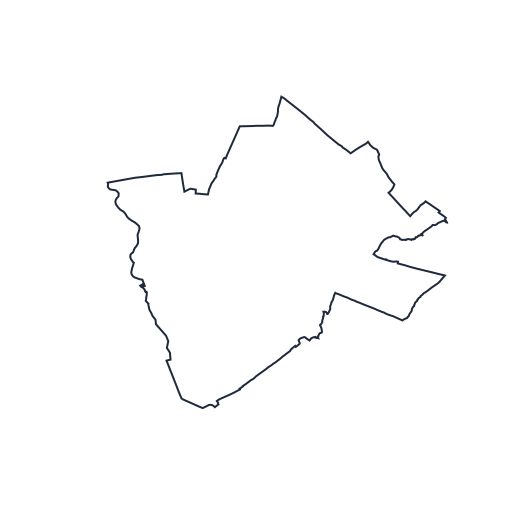 the district of Buhusi, Neamt, Romania, rotated 37°
{"feature_id": "2599482B92541433330507", "entity_name": "Buhusi", "entity_type": "district", "adm_level": 2, "iso_a3": "ROU", "parent_name": "Romania", "parent_adm1": "Neamt", "projection": "natural_earth1", "projection_center": [26.718, 46.731], "detail": "fine", "context": "isolated", "style": "outline", "palette": "slate", "viewbox_px": 512, "rotation_deg": 37, "n_neighbors": 0, "source": "geoboundaries", "source_scale": "gbopen_adm2", "svg_char_len": 6137}
<svg xmlns="http://www.w3.org/2000/svg" viewBox="0 0 512 512"><g transform="rotate(37 256 256)"><path d="M314.1,401.5L315.3,397.1L314.4,396.7L313.7,395.9L312.0,395.4L312.5,393.5L314.0,390.6L319.0,381.6L321.0,377.6L323.5,372.2L322.7,371.8L323.1,371.0L324.0,368.1L323.7,367.9L324.9,364.5L326.6,358.4L327.0,357.3L327.5,356.7L328.2,354.0L328.4,352.2L330.4,345.6L332.1,340.2L332.7,337.7L334.2,333.4L334.7,331.3L335.3,330.1L336.8,324.7L337.4,322.3L337.8,320.2L338.0,319.5L338.8,316.9L339.0,316.0L340.4,311.4L340.2,310.1L340.3,308.7L341.4,304.2L342.5,304.6L343.7,300.0L343.6,299.6L343.3,299.2L342.0,298.4L341.3,298.1L340.9,297.9L340.7,297.3L340.7,296.4L340.9,295.5L341.3,294.7L342.1,293.4L343.3,291.7L343.9,291.5L344.6,291.3L345.2,291.5L349.6,291.3L349.6,290.0L349.7,289.5L349.6,288.8L349.9,287.9L350.9,286.2L351.6,285.7L351.7,285.3L351.8,285.2L352.0,285.4L352.4,285.0L353.0,284.8L353.1,285.2L353.5,285.1L354.2,284.4L355.1,284.1L354.0,283.4L353.8,283.0L354.0,282.3L353.7,281.9L353.4,280.1L353.4,279.4L353.6,278.9L354.5,277.9L354.6,277.4L354.2,276.7L351.7,274.3L350.6,273.6L349.8,273.3L349.4,273.0L348.8,272.8L348.6,272.4L349.0,271.4L349.0,270.5L348.7,269.6L348.7,268.9L348.4,268.4L348.1,268.2L347.7,267.6L347.3,266.2L346.6,264.6L346.1,264.3L346.1,263.7L346.2,263.2L344.3,260.5L343.4,259.9L344.4,259.1L345.4,258.7L346.0,258.6L346.6,258.8L347.6,259.4L348.1,259.2L348.0,256.9L347.6,255.6L347.3,253.9L346.9,253.2L345.8,252.1L345.5,251.3L344.7,248.8L344.2,247.9L343.8,244.7L343.1,242.8L342.1,240.6L341.7,239.0L341.5,237.7L342.0,237.7L342.6,237.6L344.8,236.8L350.2,235.5L354.2,234.2L357.9,233.5L362.3,232.2L364.2,231.9L366.5,231.1L370.6,230.1L376.9,228.3L383.1,226.6L385.2,226.2L387.6,225.5L390.2,224.9L392.0,224.2L393.7,224.0L396.8,223.3L398.3,222.7L400.0,222.3L400.8,221.8L411.8,219.3L412.1,218.0L412.4,217.2L413.0,216.2L414.0,214.5L413.9,213.9L413.9,213.1L414.2,212.4L413.5,210.0L413.5,209.2L413.4,207.4L413.4,206.5L413.3,206.0L412.5,204.7L412.3,204.2L412.1,202.0L412.4,201.0L412.4,200.7L412.0,200.0L411.7,199.6L411.7,199.1L411.6,198.6L411.2,197.5L411.3,196.5L411.4,195.8L411.7,194.9L411.6,194.6L411.3,194.0L411.2,193.8L411.4,193.5L411.4,193.2L411.2,192.3L411.4,191.2L411.6,190.6L412.0,190.0L411.6,189.1L411.9,187.8L412.2,186.7L412.4,184.8L413.6,181.7L414.2,179.6L415.4,175.1L416.8,171.1L417.8,168.0L418.1,165.6L418.6,157.9L391.4,169.6L386.0,171.8L380.7,173.7L378.3,174.7L373.7,176.6L372.9,175.1L371.4,175.9L369.9,177.3L369.1,177.9L367.3,178.9L362.7,180.6L362.4,180.3L361.7,180.5L361.6,181.1L356.5,182.8L353.7,183.7L350.3,183.7L348.8,183.8L348.7,182.1L348.5,181.1L348.9,179.8L349.4,179.0L349.5,178.4L349.4,176.1L348.9,174.3L348.4,170.6L348.6,166.2L348.7,165.6L349.5,163.7L350.2,162.3L350.5,161.6L351.7,160.4L352.1,159.7L352.5,158.8L353.2,157.9L353.2,157.4L353.4,157.1L355.3,156.5L356.7,155.7L359.6,155.2L360.0,155.3L360.7,155.8L361.1,155.9L361.9,155.5L362.8,155.3L363.6,154.8L364.1,154.3L365.0,153.6L365.4,153.1L365.5,153.1L366.0,153.1L366.2,152.9L366.4,152.5L366.5,151.9L367.2,151.0L367.4,150.8L369.0,150.1L369.4,149.8L370.5,149.6L370.6,149.4L370.4,148.8L370.6,148.5L371.6,148.1L371.7,147.9L371.8,147.4L372.3,147.3L372.5,147.0L372.6,145.7L372.2,145.2L372.2,144.9L373.1,144.2L373.4,143.8L373.3,142.7L373.5,142.0L374.0,141.8L374.3,141.5L374.5,141.1L374.5,139.9L376.6,139.4L376.6,139.2L375.1,139.0L374.9,138.8L375.2,138.1L375.3,136.4L375.9,134.0L376.6,132.2L378.3,126.9L378.4,125.0L379.6,124.2L380.5,123.4L381.0,122.5L381.4,121.2L381.7,119.7L382.3,118.9L383.4,116.8L384.2,115.5L384.9,114.7L385.3,114.4L387.7,114.6L388.4,114.3L388.3,114.2L386.9,113.9L386.3,113.4L384.9,113.1L384.7,112.9L384.7,111.3L382.9,111.1L375.7,111.4L375.8,109.5L358.5,110.3L358.4,111.8L357.7,114.4L357.2,115.3L356.9,116.4L356.9,120.6L356.9,122.0L356.5,124.1L356.2,124.6L355.8,125.4L355.4,127.6L355.2,131.4L347.0,129.9L345.0,129.6L323.8,125.7L324.3,123.7L324.5,121.7L324.4,119.8L324.2,118.0L323.8,117.2L323.6,116.1L323.4,115.5L323.1,115.4L320.1,114.9L318.5,114.4L314.6,113.4L311.0,111.7L309.9,111.4L306.4,110.7L304.3,110.0L303.0,109.3L299.6,107.2L297.2,105.9L295.8,104.9L294.1,103.2L293.6,102.3L293.6,101.4L293.2,100.7L292.6,100.3L291.4,99.9L289.4,98.6L288.6,98.4L287.8,98.4L284.7,99.1L282.1,98.8L280.5,98.7L279.0,98.1L276.7,97.4L276.4,99.6L273.4,106.7L271.8,110.8L269.8,117.0L264.3,116.9L259.7,117.2L258.6,116.7L254.4,117.2L240.3,116.6L231.0,115.6L223.0,115.0L221.9,114.5L216.6,114.4L209.5,113.8L199.5,113.5L187.3,113.3L184.1,113.1L180.4,113.5L183.1,120.1L184.0,123.0L185.2,125.6L186.7,127.5L187.7,129.5L188.5,131.1L189.0,132.5L189.1,134.1L189.9,136.0L190.1,137.5L191.1,140.2L191.2,141.8L190.7,142.3L189.3,143.1L187.3,144.5L182.7,148.2L177.8,151.9L175.0,154.3L165.0,162.2L172.1,192.7L173.1,196.2L171.7,196.7L171.7,198.2L172.9,202.1L173.2,205.6L174.0,209.7L175.4,214.9L176.5,216.3L176.6,217.1L176.5,219.4L176.8,222.0L176.7,224.0L177.0,225.6L177.4,227.2L178.1,229.7L178.2,230.6L180.6,235.8L177.1,238.1L174.5,239.6L170.2,242.4L168.0,239.2L163.3,241.6L162.2,243.4L160.1,247.7L153.9,241.9L146.6,234.7L140.4,239.9L133.0,246.4L131.9,247.9L128.7,250.5L117.0,261.9L112.3,266.3L93.4,286.7L94.4,287.3L95.3,288.8L96.1,289.9L97.3,290.4L99.3,290.6L101.1,289.8L102.9,288.7L104.5,288.0L106.6,288.0L108.5,288.5L109.8,290.3L110.3,291.3L110.0,293.5L110.3,295.8L111.0,297.3L113.0,299.0L116.7,300.2L119.7,300.7L123.8,300.3L126.5,301.0L129.6,302.3L131.8,302.6L135.0,302.6L138.8,302.1L141.6,302.2L144.5,302.5L146.4,304.0L147.9,307.8L148.6,310.3L152.5,314.6L154.1,316.8L154.6,320.1L154.4,322.8L155.6,327.0L155.0,328.9L155.1,330.8L156.1,332.4L158.0,333.7L161.4,334.9L162.5,334.9L164.6,340.8L166.2,344.1L167.6,345.4L169.8,346.2L171.8,346.2L177.0,344.6L179.5,343.3L185.2,346.9L184.4,348.0L182.4,347.0L181.4,349.4L182.7,349.7L184.9,349.4L187.2,349.8L188.2,350.7L189.6,351.2L190.2,350.5L190.7,350.8L191.5,351.9L192.6,353.7L193.6,355.7L194.6,357.2L195.0,358.2L198.9,358.9L199.2,359.6L203.1,363.0L206.7,364.6L209.6,366.2L214.0,367.3L217.2,370.7L232.1,373.8L237.2,376.8L240.1,383.0L245.4,385.0L250.1,390.2L247.5,393.4L259.6,400.8L277.6,411.9L282.1,414.5L283.4,414.6L301.7,410.4L305.0,409.5L308.1,403.3L309.5,402.0L311.1,401.4L313.3,401.3L314.1,401.5Z" fill="none" stroke="#1e293b" stroke-width="2"/></g></svg>